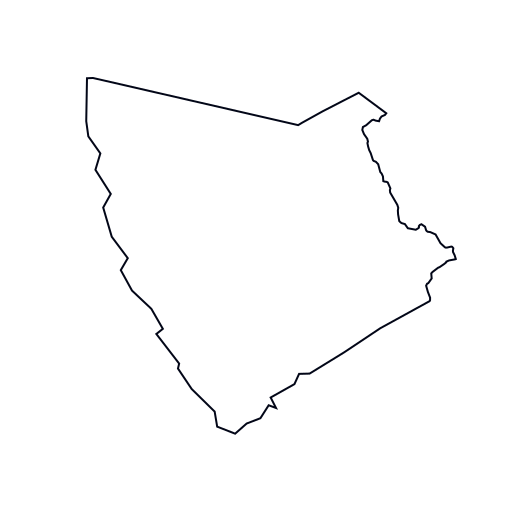 Greene, Tennessee, United States of America (Equal Earth projection), rotated 280°
{"feature_id": "52423323B75014079638055", "entity_name": "Greene", "entity_type": "district", "adm_level": 2, "iso_a3": "USA", "parent_name": "United States of America", "parent_adm1": "Tennessee", "projection": "equal_earth", "projection_center": [-82.804, 36.17], "detail": "fine", "context": "isolated", "style": "outline", "palette": "ink", "viewbox_px": 512, "rotation_deg": 280, "n_neighbors": 0, "source": "geoboundaries", "source_scale": "gbopen_adm2", "svg_char_len": 1582}
<svg xmlns="http://www.w3.org/2000/svg" viewBox="0 0 512 512"><g transform="rotate(280 256 256)"><path d="M419.2,359.5L434.6,328.8L423.9,314.7L410.2,296.7L395.2,278.2L392.2,274.8L403.0,64.5L401.7,58.7L359.3,65.4L344.7,70.1L330.0,84.9L313.0,82.9L291.9,102.2L277.2,97.1L249.9,110.6L231.6,130.1L218.6,125.3L200.4,139.9L185.8,162.1L168.1,176.9L161.9,171.4L136.7,199.0L131.6,198.7L113.8,215.8L95.6,242.3L81.2,247.4L77.4,266.3L89.4,275.9L97.0,288.5L111.2,294.4L109.8,302.1L119.2,295.0L136.5,316.1L147.4,318.9L149.5,329.2L176.4,359.5L206.5,391.0L241.7,434.8L242.6,435.1L245.2,434.7L250.5,431.5L256.3,428.7L258.4,429.3L259.2,430.4L264.4,432.9L269.3,431.6L270.9,432.6L276.1,437.4L276.9,438.7L280.9,442.8L282.8,444.4L283.5,444.4L285.2,447.0L287.3,452.7L287.7,453.3L291.2,451.5L294.2,449.3L295.5,449.0L297.9,449.0L299.1,447.6L299.2,446.7L297.4,442.5L297.2,441.3L297.4,440.5L300.6,435.5L308.4,429.1L309.8,423.5L309.7,420.9L310.2,419.8L311.0,419.0L314.2,417.4L316.0,413.4L315.0,411.9L313.7,411.2L312.7,411.5L311.8,411.3L309.6,408.8L309.7,401.4L309.7,400.7L313.3,397.1L313.7,393.5L314.5,392.1L315.3,391.0L321.7,388.7L325.4,387.8L328.2,387.7L330.9,386.3L341.8,377.1L344.2,376.4L345.9,376.6L351.3,373.0L351.7,371.8L351.6,369.7L351.8,368.4L356.4,367.2L359.0,365.4L360.3,363.8L367.6,360.4L369.6,357.7L370.1,355.3L370.8,354.5L377.2,351.1L379.9,349.1L383.3,347.4L386.6,346.1L388.1,346.4L390.8,345.2L394.8,341.2L398.6,338.8L401.6,338.9L403.9,341.8L409.8,346.5L410.6,348.0L410.1,350.4L410.1,353.8L412.8,354.2L415.2,355.4L417.3,358.5L419.2,359.5Z" fill="none" stroke="#020617" stroke-width="2"/></g></svg>